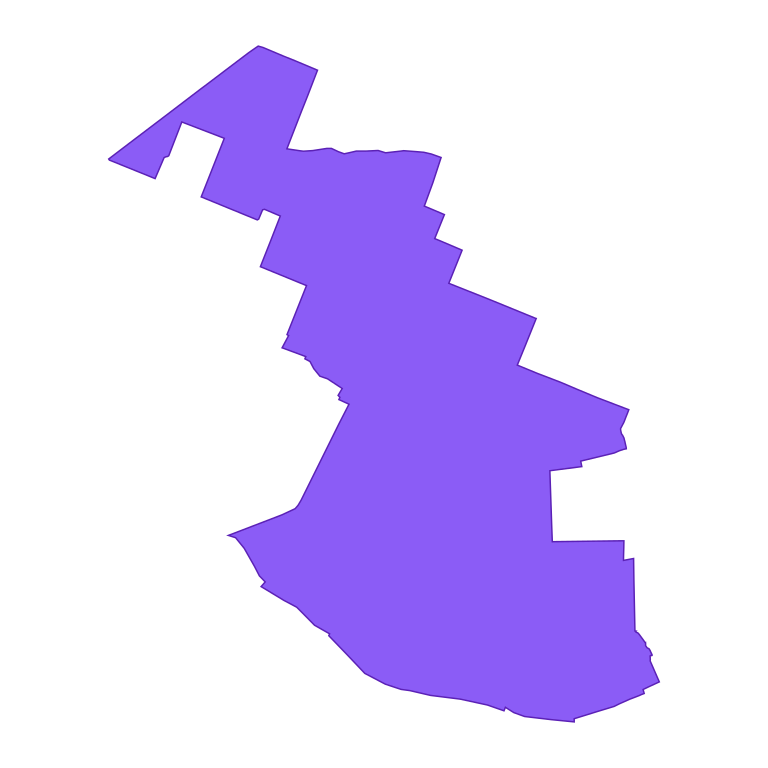 Seaca, Teleorman, Romania (Mercator projection)
{"feature_id": "2599482B69816057768197", "entity_name": "Seaca", "entity_type": "district", "adm_level": 2, "iso_a3": "ROU", "parent_name": "Romania", "parent_adm1": "Teleorman", "projection": "mercator", "projection_center": [25.083, 43.758], "detail": "fine", "context": "isolated", "style": "filled", "palette": "violet", "viewbox_px": 768, "rotation_deg": 0, "n_neighbors": 0, "source": "geoboundaries", "source_scale": "gbopen_adm2", "svg_char_len": 3073}
<svg xmlns="http://www.w3.org/2000/svg" viewBox="0 0 768 768"><path d="M228.4,535.4L235.6,537.7L239.9,543.0L244.2,548.3L254.5,566.4L259.4,575.9L265.2,581.9L261.1,586.6L283.9,600.4L296.7,607.2L302.2,612.7L314.6,625.3L329.6,633.8L328.8,635.7L347.4,655.0L364.8,673.4L385.4,684.2L401.1,689.4L409.9,690.6L430.5,695.4L460.1,699.1L487.4,705.0L504.0,710.8L505.4,707.3L513.8,712.6L524.6,716.5L551.0,719.6L574.2,721.9L574.2,718.7L598.4,711.2L614.2,706.4L619.2,703.9L629.5,699.3L633.7,697.7L639.4,695.5L641.3,694.6L644.2,693.5L643.1,689.5L648.9,686.7L659.3,681.9L650.2,661.0L650.2,660.2L650.3,659.2L650.2,658.3L650.2,657.3L650.1,656.2L650.2,655.8L650.4,655.6L650.6,655.5L650.8,655.5L651.1,655.5L651.4,655.6L651.6,655.6L651.9,655.5L652.1,655.3L652.1,655.0L652.0,654.6L651.7,654.0L651.1,652.7L650.8,652.2L650.5,651.4L650.1,650.5L649.8,650.0L649.2,649.0L648.8,648.6L647.6,648.1L647.1,647.7L646.9,647.6L646.3,646.6L645.6,645.7L645.6,643.4L645.5,643.0L645.5,642.7L645.3,642.8L644.1,641.1L642.9,639.4L641.2,637.1L640.1,635.6L639.2,634.4L638.7,633.8L638.3,633.3L637.9,633.0L637.5,632.7L636.9,632.5L636.3,632.3L636.1,632.2L635.9,632.0L635.8,631.3L636.0,631.1L635.0,631.0L634.9,629.6L633.9,580.2L633.6,558.5L631.5,558.9L623.5,560.4L623.5,559.0L623.6,554.3L623.8,547.2L623.9,540.8L622.2,540.8L614.2,540.9L552.3,541.7L551.7,525.5L549.9,471.8L549.9,470.7L581.8,466.6L580.7,461.1L614.2,453.0L614.7,452.8L615.9,452.3L617.4,451.6L618.8,451.0L619.7,450.6L620.5,450.4L621.3,450.1L622.4,449.8L623.1,449.5L624.7,449.1L626.3,448.8L626.2,447.5L625.6,444.9L625.0,442.2L624.8,441.2L624.5,440.4L624.2,438.9L623.9,437.9L623.8,437.6L623.4,436.9L622.9,435.9L622.5,435.1L622.3,434.9L622.0,434.7L621.7,434.2L621.6,433.9L621.3,433.1L620.8,430.9L620.6,429.6L620.6,428.5L622.1,425.7L622.7,424.5L623.3,423.5L624.1,421.8L625.6,417.9L626.1,416.6L627.4,413.4L628.8,409.7L624.8,408.2L597.3,397.7L577.1,389.3L568.0,385.4L560.4,382.2L540.6,374.6L537.9,373.6L535.7,372.7L518.0,365.4L517.3,365.1L525.6,344.8L526.6,342.3L536.2,318.5L535.5,318.3L491.5,300.3L448.8,283.3L458.1,260.2L462.1,250.2L439.6,240.6L434.7,238.6L444.4,214.6L431.7,209.2L424.3,206.1L432.8,182.9L441.1,157.5L431.3,154.0L423.9,152.3L415.9,151.6L403.7,150.7L400.7,151.1L385.6,152.8L378.1,150.5L365.6,151.1L356.2,151.1L348.9,152.8L344.2,153.8L338.4,151.7L331.4,148.4L326.9,148.4L312.7,150.6L303.4,151.2L300.2,150.8L289.4,149.2L286.9,148.8L301.4,111.5L307.8,95.4L317.5,70.2L295.4,60.9L283.7,56.2L263.1,47.5L261.0,46.9L258.2,46.1L253.1,49.6L248.8,52.6L203.9,86.6L200.8,88.9L163.4,117.4L129.4,143.2L108.7,159.0L109.4,160.1L155.1,178.6L164.1,157.6L165.8,156.8L167.6,156.5L168.8,155.7L169.3,154.3L181.8,122.0L224.3,138.3L207.8,180.2L201.2,196.9L257.3,219.9L258.7,219.1L262.6,209.8L264.5,209.3L276.0,214.2L280.3,216.0L270.4,241.4L263.9,257.8L260.4,266.7L306.5,285.6L287.0,334.6L288.6,335.6L282.1,347.8L305.8,356.6L304.9,358.8L310.0,361.5L313.8,368.7L319.9,376.2L327.5,378.8L342.2,388.5L338.1,395.4L339.9,397.3L338.9,399.6L349.0,404.2L338.8,424.1L301.1,500.2L298.0,505.4L295.1,508.7L281.8,514.9L228.4,535.4Z" fill="#8b5cf6" stroke="#5b21b6" stroke-width="1.5"/></svg>